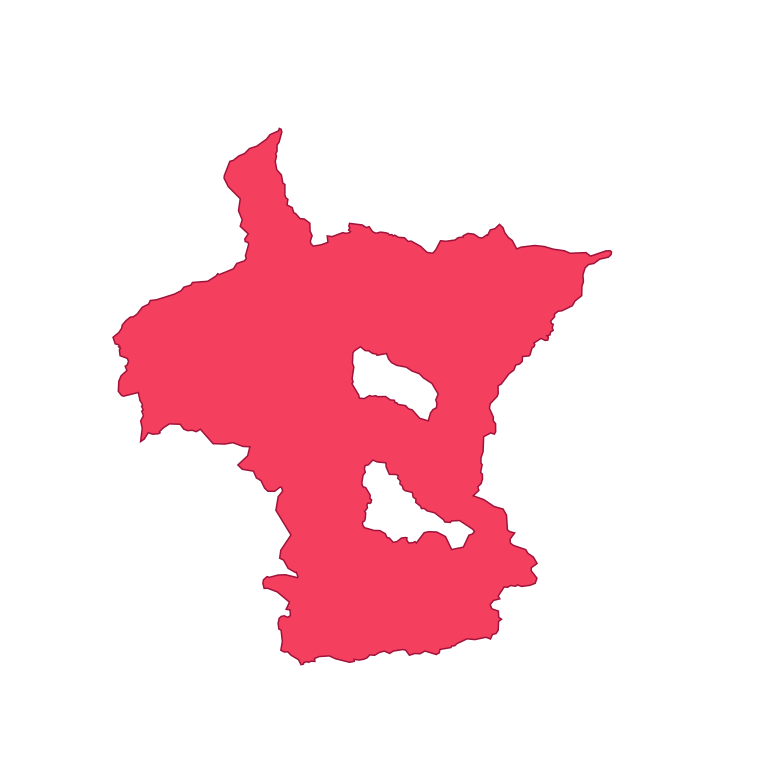 the district of Cañar, Cañar, Ecuador, rotated 73°
{"feature_id": "8360857B37850433241159", "entity_name": "Cañar", "entity_type": "district", "adm_level": 2, "iso_a3": "ECU", "parent_name": "Ecuador", "parent_adm1": "Cañar", "projection": "natural_earth1", "projection_center": [-79.04, -2.473], "detail": "fine", "context": "isolated", "style": "filled", "palette": "rose", "viewbox_px": 768, "rotation_deg": 73, "n_neighbors": 0, "source": "geoboundaries", "source_scale": "gbopen_adm2", "svg_char_len": 6172}
<svg xmlns="http://www.w3.org/2000/svg" viewBox="0 0 768 768"><g transform="rotate(73 384 384)"><path d="M600.4,290.1L593.3,291.7L588.0,295.9L583.8,296.9L576.3,307.3L573.2,309.6L569.2,308.8L564.6,302.6L562.0,306.9L559.5,308.6L545.2,305.2L538.4,306.7L533.4,314.5L523.6,322.5L517.0,331.4L513.5,324.4L509.7,324.3L507.7,320.3L503.5,317.5L499.0,316.3L496.9,317.5L489.8,313.7L488.0,314.4L483.1,312.9L477.6,309.0L463.5,304.1L462.0,296.2L464.2,293.2L462.4,291.2L454.6,288.9L451.1,290.3L447.7,289.1L438.0,290.3L433.8,288.1L429.0,279.5L426.6,277.6L419.1,275.5L418.3,271.9L410.6,261.2L408.7,255.8L404.4,252.4L404.5,248.5L402.8,245.2L398.2,243.5L399.5,237.2L398.9,235.9L392.8,231.9L392.1,229.5L390.4,228.3L388.7,228.7L386.3,220.5L389.5,217.1L389.9,214.5L387.2,213.1L385.5,214.1L385.6,210.9L383.0,209.5L382.2,206.5L379.5,206.7L376.4,204.7L375.3,206.1L372.6,206.2L369.5,201.1L367.1,200.6L365.3,196.3L366.0,192.4L364.2,181.0L360.4,177.0L357.3,169.1L348.5,166.2L344.6,163.4L337.9,161.9L331.8,157.8L329.5,153.4L330.1,148.1L327.7,141.2L328.3,132.2L326.6,129.0L324.3,127.8L322.8,128.6L321.6,132.8L322.1,149.1L317.4,152.4L313.4,167.8L309.3,172.6L304.5,182.8L299.4,190.5L295.6,199.4L293.2,212.8L293.6,217.6L284.2,219.4L280.2,222.3L274.5,224.3L269.3,224.5L265.1,226.9L267.9,232.4L267.7,237.4L272.1,241.4L271.4,241.9L273.1,247.3L271.9,250.2L267.0,254.2L264.5,259.8L265.4,265.0L266.6,265.2L265.7,270.4L267.1,273.9L265.6,283.1L263.5,288.1L270.6,295.0L272.9,298.5L272.7,300.4L270.7,304.4L263.1,308.7L255.3,316.2L254.6,319.3L250.1,321.7L247.9,327.4L244.8,330.2L245.0,332.1L243.4,332.8L243.0,335.3L241.2,336.0L239.5,338.9L237.7,343.0L237.5,347.6L235.0,350.4L229.2,352.2L229.2,355.2L225.5,358.4L220.3,370.0L222.8,371.5L224.8,371.1L226.5,372.9L228.4,371.5L229.2,372.8L228.8,376.4L227.2,379.0L227.9,390.5L225.8,395.0L232.1,396.2L232.5,403.4L231.5,411.3L228.5,412.9L225.7,412.6L221.2,409.4L216.1,410.0L208.6,407.9L202.8,412.1L201.4,415.9L195.1,418.7L194.0,420.2L188.5,420.2L184.5,424.4L179.3,421.9L177.4,423.4L174.1,423.5L164.2,420.4L162.3,422.0L154.1,421.0L147.7,423.9L139.3,422.9L134.7,420.2L132.1,420.3L130.3,418.3L124.2,416.4L122.1,413.7L113.1,408.0L110.3,407.9L109.0,409.4L111.1,410.9L112.2,420.1L115.5,424.7L119.4,436.3L119.5,443.8L122.8,449.9L123.5,456.3L126.1,462.7L126.0,466.3L137.9,475.7L140.4,476.8L149.8,475.2L164.8,467.3L175.8,472.5L185.5,471.6L191.2,475.4L200.7,469.9L204.6,474.7L207.2,475.1L208.7,472.8L210.7,472.5L221.0,479.1L223.5,478.9L225.4,481.3L225.7,489.6L229.8,494.3L231.2,509.6L229.9,510.8L231.7,513.3L234.2,522.6L230.9,537.5L233.0,539.8L232.9,547.1L235.5,550.8L236.8,558.6L236.9,577.4L235.8,583.1L238.8,585.8L239.9,592.7L245.0,599.8L246.4,604.0L245.9,607.2L248.0,612.3L251.1,617.1L254.0,618.6L257.3,622.6L260.1,629.5L267.0,629.3L268.8,626.4L271.1,625.7L271.0,626.8L273.2,625.7L273.9,627.1L279.8,628.1L284.4,622.0L287.6,621.7L290.9,624.2L291.3,626.3L295.9,625.9L299.3,633.0L303.8,636.8L313.3,640.2L318.3,638.3L319.5,636.6L320.3,621.4L328.5,622.2L332.0,621.1L334.0,621.3L334.5,622.4L338.4,621.8L339.1,623.6L344.0,623.3L348.2,627.5L355.5,628.1L367.9,633.6L366.6,629.4L361.6,623.6L364.3,620.1L365.6,614.4L365.2,612.4L363.9,612.6L361.3,607.6L359.4,600.9L362.9,590.7L368.6,588.7L371.2,585.4L372.2,580.9L374.7,577.5L373.6,572.8L391.1,564.9L394.9,553.7L395.9,545.7L402.5,537.1L404.8,530.6L412.8,535.4L418.7,547.4L424.1,544.5L429.2,534.3L436.5,533.5L440.5,529.9L448.7,528.6L452.6,526.4L454.6,519.8L452.3,513.8L452.8,512.3L456.8,512.2L460.9,518.2L473.2,524.3L501.2,517.1L512.8,531.3L520.1,534.7L523.0,531.5L532.2,529.6L538.4,523.8L538.4,522.8L543.3,522.7L543.9,523.3L537.6,534.0L535.7,541.3L535.4,550.1L534.0,552.2L536.0,556.5L539.2,558.1L544.4,558.4L545.4,554.9L551.6,546.9L565.0,538.2L570.9,543.5L572.5,539.9L578.1,541.2L579.0,544.2L576.5,547.2L576.2,550.3L577.5,552.8L581.8,555.2L587.5,556.2L589.4,554.4L600.6,556.5L608.4,560.5L611.2,557.7L611.9,554.4L616.2,552.2L622.7,546.3L628.2,545.4L628.3,542.9L626.9,542.0L627.0,538.8L628.1,537.6L627.8,534.6L629.1,531.2L626.2,530.7L625.7,525.7L628.0,515.9L632.7,510.5L640.1,498.2L640.5,493.5L638.6,493.2L640.7,488.6L641.3,483.9L641.0,480.5L638.9,476.7L640.7,472.3L639.4,467.2L639.5,461.8L643.3,457.4L642.1,453.1L643.4,443.8L644.8,441.1L650.8,439.0L650.7,433.5L652.5,428.3L651.3,422.9L658.0,413.1L657.2,409.8L654.2,408.0L655.6,397.2L654.4,395.5L655.0,392.9L653.6,390.1L652.0,379.0L655.0,371.8L656.0,360.5L659.0,356.7L655.2,353.5L655.4,349.8L652.7,346.7L644.6,343.9L643.3,340.4L640.7,342.5L634.6,341.0L630.5,346.6L625.9,346.9L623.0,342.4L623.3,336.1L620.2,336.8L613.2,328.4L614.5,325.3L613.7,321.9L615.9,317.2L615.1,315.1L617.8,311.7L619.2,303.3L618.8,297.7L614.4,294.5L605.5,297.9L602.7,296.7L600.4,290.1ZM533.7,366.2L535.8,361.1L534.7,359.5L536.7,351.6L548.7,341.7L551.5,340.6L553.3,343.3L553.4,347.0L563.2,355.8L562.1,367.7L547.9,369.8L541.0,376.8L538.4,384.0L537.9,389.0L545.5,399.5L543.8,400.4L544.2,403.0L543.2,406.9L539.8,407.9L537.8,407.0L537.1,408.3L536.4,412.3L538.5,417.7L538.1,421.5L532.9,423.9L531.5,426.1L527.6,426.5L522.9,430.9L521.2,436.2L515.7,444.7L512.5,445.6L509.7,444.8L509.2,442.6L506.9,441.1L501.9,439.2L500.2,439.8L497.7,436.1L494.2,435.6L493.1,433.9L494.1,432.5L493.6,431.1L491.1,429.7L489.5,430.9L486.2,429.7L477.7,431.8L476.1,434.2L472.5,434.3L465.1,430.7L463.0,427.7L459.6,427.6L456.5,425.9L456.7,422.6L453.5,416.9L456.6,413.2L459.9,405.3L464.2,406.2L472.0,405.3L474.0,399.0L475.8,397.1L478.2,398.5L481.2,396.8L484.2,398.0L487.1,396.2L490.0,396.4L492.1,395.1L496.0,388.6L500.7,389.2L503.5,387.1L506.4,388.3L511.4,384.9L514.1,384.6L514.8,381.8L517.8,380.0L522.0,373.2L531.3,366.7L533.7,366.2ZM397.5,338.0L409.4,335.1L414.3,339.1L418.2,339.1L422.0,340.8L422.8,344.7L425.2,347.9L432.2,352.5L427.2,359.9L417.1,364.5L414.8,367.9L411.0,369.7L407.6,376.6L405.7,377.3L405.1,378.8L402.6,378.8L401.1,382.6L396.4,386.2L394.2,394.0L392.8,395.2L392.3,399.2L390.8,401.1L392.2,407.1L390.3,411.7L387.1,411.4L374.4,414.6L373.1,413.0L369.5,412.9L359.0,407.9L354.9,408.1L345.1,404.6L343.6,402.5L341.5,395.6L346.5,392.3L347.8,388.9L351.4,386.1L353.0,382.7L354.5,382.3L355.6,372.7L361.6,372.3L365.6,370.6L369.8,366.5L374.4,357.8L379.8,353.4L384.6,347.1L389.6,344.6L397.5,338.0Z" fill="#f43f5e" stroke="#9f1239" stroke-width="1.5"/></g></svg>